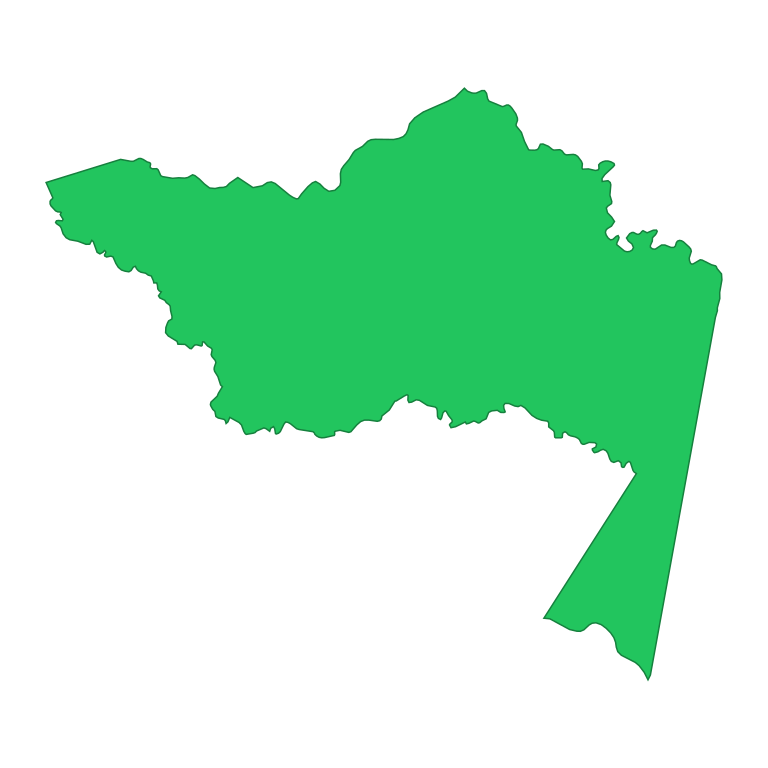 Amazonas, Mercator projection
{"feature_id": "COL-1283", "entity_name": "Amazonas", "entity_type": "Commissiary", "adm_level": 1, "iso_a3": "COL", "parent_name": "Colombia", "parent_adm1": "", "projection": "mercator", "projection_center": [-71.672, -2.052], "detail": "fine", "context": "isolated", "style": "filled", "palette": "green", "viewbox_px": 768, "rotation_deg": 0, "n_neighbors": 0, "source": "natural_earth", "source_scale": "10m", "svg_char_len": 6092}
<svg xmlns="http://www.w3.org/2000/svg" viewBox="0 0 768 768"><path d="M721.5,273.9L721.9,279.9L719.7,292.4L719.8,298.6L717.3,307.9L717.4,310.6L715.4,317.4L650.4,675.0L648.0,679.8L644.2,672.3L639.1,665.6L635.1,662.3L621.4,655.3L617.8,651.7L616.3,647.2L615.6,642.3L613.9,637.6L610.7,632.9L606.2,628.3L601.2,624.6L596.0,622.8L592.2,623.2L589.2,624.9L583.9,629.8L580.4,631.3L576.8,631.2L569.6,629.5L549.8,618.8L543.9,618.2L636.4,473.6L634.1,472.0L633.0,470.4L630.4,462.4L628.9,461.4L626.2,463.3L624.1,467.1L622.9,467.4L621.6,466.7L621.0,462.8L618.4,460.7L613.8,462.4L611.3,461.4L609.8,459.0L607.9,453.3L606.2,450.8L603.2,449.3L600.6,450.2L597.9,451.8L594.6,452.7L593.9,452.3L592.4,450.1L592.3,448.9L595.9,447.0L596.6,444.0L594.9,442.7L589.1,442.4L584.4,444.2L583.0,444.3L581.4,443.5L579.4,439.5L577.7,438.1L575.3,436.9L570.5,435.8L568.4,434.8L566.7,432.8L565.0,431.7L562.6,433.2L562.3,437.3L561.2,437.8L555.6,437.8L554.7,437.1L554.3,432.2L553.5,430.7L548.7,426.9L548.7,423.0L547.7,421.2L541.6,420.2L536.7,418.4L532.0,415.4L525.0,407.9L520.9,405.4L518.1,406.6L514.7,406.0L509.0,403.5L505.1,403.4L503.6,405.3L503.9,408.4L505.2,411.9L504.0,412.5L500.7,412.4L497.3,410.3L491.7,410.9L488.7,412.4L486.1,418.8L482.2,420.7L479.7,422.7L478.2,423.0L475.2,421.4L473.7,421.0L468.9,423.3L466.4,423.9L465.3,422.0L455.6,426.7L451.0,427.7L449.5,424.9L450.1,423.8L451.9,422.2L452.3,421.0L451.8,419.6L448.6,415.6L446.2,411.3L444.8,410.9L443.0,412.8L441.6,417.9L440.6,419.5L438.4,418.4L437.5,416.3L437.3,410.7L436.7,408.2L435.1,407.0L427.4,405.4L419.4,400.3L416.2,399.8L411.7,402.1L409.0,402.5L407.9,400.2L408.1,395.4L407.0,394.7L404.1,396.1L396.2,401.0L394.9,401.1L389.3,410.0L381.9,416.0L381.3,419.0L379.7,420.7L377.3,421.3L368.8,420.1L364.4,420.1L360.6,421.6L356.8,424.9L350.9,431.7L348.8,432.4L340.1,430.3L338.8,430.5L335.3,431.2L334.6,431.7L334.7,434.5L334.3,435.4L324.6,437.6L321.6,437.8L319.1,437.3L316.7,436.0L314.9,434.3L314.2,432.7L313.0,431.7L299.1,429.5L296.6,428.7L290.4,423.7L288.0,422.4L285.6,422.0L283.9,424.2L280.3,431.6L278.6,433.2L276.3,434.0L275.5,433.6L274.7,428.7L273.5,426.6L270.7,428.3L269.7,431.3L266.1,428.7L263.9,427.9L256.6,431.0L255.0,432.6L253.2,433.2L246.2,434.4L245.1,433.5L243.8,431.3L241.5,425.0L239.1,422.5L229.8,417.4L227.9,421.9L226.1,423.5L225.3,420.6L224.1,419.4L218.2,418.0L215.9,416.5L214.9,411.4L212.7,409.3L210.7,405.7L210.4,404.4L211.0,402.1L217.2,396.2L218.4,393.3L222.4,386.7L220.6,385.0L217.9,376.6L214.6,371.3L214.1,369.2L214.3,367.3L215.9,362.6L215.2,360.4L212.0,356.6L211.2,354.7L212.2,349.7L211.3,348.2L207.6,346.0L204.0,341.9L202.6,341.9L202.1,345.5L201.2,346.0L196.7,344.8L194.6,345.1L191.4,348.7L190.0,348.5L185.1,344.4L177.9,344.2L177.1,341.4L168.3,336.0L165.6,332.7L165.9,327.4L167.5,323.0L168.6,320.9L171.9,319.0L172.0,316.4L170.6,310.7L170.2,306.2L169.1,304.7L166.3,302.6L164.8,300.3L159.8,297.9L158.5,295.8L161.3,291.8L159.2,290.9L157.8,288.9L157.4,285.0L156.7,282.9L153.8,282.9L153.4,280.8L151.3,276.0L148.2,275.1L145.6,273.2L140.9,272.2L138.4,270.8L136.5,268.7L135.4,266.3L133.3,267.1L131.1,270.5L128.9,271.8L125.1,271.2L121.5,270.0L118.3,267.3L115.9,263.5L113.0,256.9L110.8,256.1L106.6,257.0L104.7,256.0L104.5,254.9L105.8,252.5L105.6,251.4L104.5,250.5L102.9,252.3L99.9,253.9L97.1,252.3L93.3,241.7L91.8,240.3L89.7,244.2L86.0,244.3L77.8,241.2L69.7,239.7L66.1,237.7L63.1,233.8L61.1,227.7L59.8,225.9L56.4,223.6L55.6,222.4L56.5,220.8L58.2,220.5L62.3,220.8L63.1,219.3L60.2,214.6L61.2,212.5L60.2,212.0L57.8,211.9L55.6,210.9L51.0,205.9L50.1,203.9L50.1,201.3L50.8,200.1L52.5,198.6L52.8,197.7L46.1,182.5L120.6,159.4L130.9,161.3L133.3,161.3L138.9,158.5L140.9,158.5L143.3,159.5L147.3,162.0L149.6,162.6L150.4,163.3L150.6,164.2L150.1,166.7L150.3,167.7L152.3,168.8L156.8,168.7L158.2,169.9L160.8,175.7L162.5,176.6L172.6,178.3L178.6,177.8L184.8,178.1L187.8,177.5L192.6,174.8L194.9,175.6L199.4,179.1L204.4,184.0L209.6,188.0L215.1,188.5L219.7,187.5L223.3,187.4L226.4,186.5L229.5,183.3L237.8,177.5L253.0,187.6L262.4,185.8L267.3,182.6L271.3,181.9L275.2,183.5L289.4,195.1L292.8,197.3L296.4,198.9L298.3,198.6L301.5,194.0L308.0,186.6L312.3,182.9L315.6,181.5L319.9,184.0L324.1,188.3L328.8,191.3L334.9,190.3L339.9,185.6L340.7,182.3L340.4,173.7L341.3,169.4L343.7,165.8L349.1,159.5L353.4,152.5L355.3,150.4L362.5,146.4L367.7,141.3L371.1,139.7L375.2,139.3L393.7,139.5L398.9,138.4L403.3,136.6L406.1,133.7L408.0,129.7L409.6,123.8L414.8,117.8L423.3,112.0L448.3,101.0L455.3,97.1L464.4,88.2L467.5,91.2L471.7,92.9L473.9,93.2L476.2,93.1L481.8,90.6L484.5,90.6L486.5,93.3L487.7,98.9L489.0,101.1L502.3,106.6L503.8,106.3L506.7,105.0L508.4,105.0L510.1,106.1L511.8,108.0L515.8,113.8L517.4,118.0L517.5,120.3L516.1,124.3L516.2,125.9L521.4,132.4L524.5,141.4L528.6,149.7L529.8,150.1L534.6,150.2L536.8,149.8L538.4,148.6L540.4,144.2L543.0,144.0L548.4,146.3L552.3,149.4L553.8,150.1L559.9,149.7L561.9,150.8L564.5,154.1L566.5,154.9L573.3,154.4L575.5,154.9L577.7,156.4L581.4,161.3L582.4,163.8L582.0,168.0L582.6,169.2L588.4,168.9L595.4,170.5L598.0,170.0L599.0,168.5L598.7,164.9L600.1,163.2L602.8,161.7L605.3,161.0L607.9,161.0L610.9,161.8L614.0,163.5L614.5,165.1L613.3,166.7L604.8,174.6L602.0,178.5L602.2,181.5L608.0,180.7L610.2,182.5L610.8,184.8L609.9,195.2L611.8,201.6L611.5,203.6L607.7,206.2L606.3,208.0L607.5,212.8L611.7,217.2L614.5,221.5L611.5,226.1L607.4,228.6L605.9,230.3L605.4,232.5L606.2,235.1L608.1,238.0L610.5,239.9L612.9,239.4L616.3,236.3L618.1,235.6L619.0,237.4L618.6,239.2L616.9,242.8L616.7,244.6L624.5,251.1L627.1,251.8L629.9,251.4L632.2,250.0L633.5,247.5L631.9,243.9L628.4,241.1L626.5,238.0L629.7,233.7L632.0,232.5L633.6,232.5L636.9,234.2L638.6,234.3L640.4,233.3L641.7,231.6L643.0,230.7L647.1,232.8L653.3,230.2L656.4,230.1L657.2,231.2L656.6,232.9L655.5,234.7L652.5,237.7L652.3,241.2L650.4,245.4L650.4,247.3L652.5,248.9L655.2,249.2L661.6,245.0L664.9,245.0L670.9,247.4L673.8,247.4L675.3,246.2L676.4,242.6L677.5,241.1L679.6,240.4L681.6,240.8L683.5,241.9L689.0,246.9L690.7,249.0L691.3,251.3L689.2,258.1L689.5,260.7L690.5,263.2L691.6,264.1L693.2,263.9L700.2,259.8L702.2,260.1L711.6,264.8L715.6,265.9L716.4,266.8L717.0,268.5L721.5,273.9Z" fill="#22c55e" stroke="#15803d" stroke-width="1.5"/></svg>